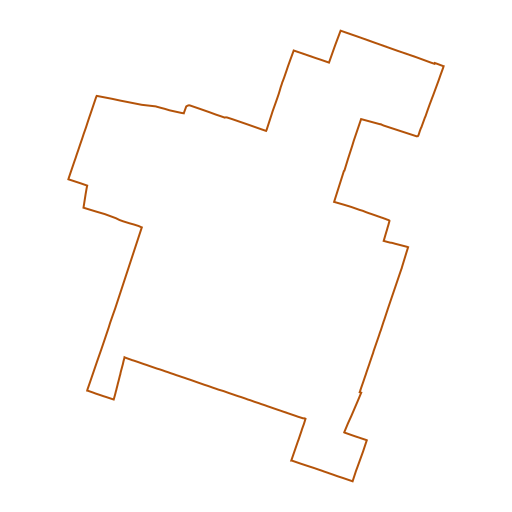 Amarastii De Jos, Dolj, Romania
{"feature_id": "2599482B30095790947813", "entity_name": "Amarastii De Jos", "entity_type": "district", "adm_level": 2, "iso_a3": "ROU", "parent_name": "Romania", "parent_adm1": "Dolj", "projection": "orthographic", "projection_center": [24.201, 43.928], "detail": "fine", "context": "isolated", "style": "outline", "palette": "amber", "viewbox_px": 512, "rotation_deg": 0, "n_neighbors": 0, "source": "geoboundaries", "source_scale": "gbopen_adm2", "svg_char_len": 4601}
<svg xmlns="http://www.w3.org/2000/svg" viewBox="0 0 512 512"><path d="M366.7,440.4L366.8,440.3L366.8,440.2L355.4,436.4L352.2,435.3L344.3,432.5L344.2,432.4L347.9,423.5L351.4,415.8L354.1,409.5L357.7,401.1L361.2,392.7L360.5,392.5L359.7,392.2L360.3,390.6L360.4,390.0L360.5,389.9L361.1,388.0L363.1,382.3L365.2,376.1L365.5,375.3L366.1,373.5L366.5,372.2L368.4,366.7L369.0,365.0L369.6,363.2L369.8,362.5L370.3,361.1L372.4,354.9L373.0,353.3L373.6,351.1L379.0,335.5L380.0,332.4L380.1,332.1L380.8,330.3L383.7,321.3L384.2,320.0L388.1,308.1L400.6,271.3L401.0,270.2L401.2,269.5L401.7,268.3L401.9,267.4L406.5,252.3L408.1,247.2L407.0,246.8L394.6,243.6L394.0,243.4L391.8,242.8L389.9,242.6L389.3,242.4L387.3,241.9L383.7,240.9L386.0,233.0L386.5,231.3L386.8,230.4L387.4,228.3L387.4,228.2L387.7,227.2L388.2,225.6L389.4,221.2L389.5,220.9L389.4,220.6L389.1,220.4L388.7,220.2L387.8,219.8L387.4,219.7L386.5,219.4L385.9,219.1L385.4,218.9L385.1,218.8L384.8,218.7L384.6,218.7L383.7,218.3L382.3,217.8L381.0,217.4L380.0,217.0L377.9,216.3L375.4,215.4L372.2,214.3L371.7,214.1L368.9,213.2L365.9,212.1L363.0,210.9L362.4,210.7L359.6,209.9L351.4,207.0L349.2,206.3L347.5,205.8L344.2,204.8L334.8,202.1L334.1,201.9L340.6,181.4L343.9,171.0L344.4,170.7L348.0,158.9L352.2,145.9L353.8,140.6L361.1,119.1L380.3,124.3L380.6,124.3L380.8,124.2L381.0,124.3L381.5,124.6L383.5,125.5L398.2,130.3L416.6,136.3L416.8,136.3L417.1,136.2L417.5,136.2L417.8,136.2L418.0,136.0L418.2,135.7L418.7,134.6L419.3,132.7L419.7,131.4L420.5,129.2L421.1,127.7L421.3,127.5L421.8,126.1L424.6,118.4L424.8,117.8L425.0,117.3L425.1,117.2L425.5,116.3L427.6,110.2L429.8,104.1L431.4,99.9L431.9,98.5L433.0,95.7L438.6,80.5L440.7,74.5L443.1,67.9L443.6,66.2L443.2,66.1L437.1,63.8L434.8,63.0L434.5,63.8L430.9,62.6L416.5,57.3L398.1,51.0L389.1,47.8L375.0,42.8L356.5,36.2L352.7,34.9L340.6,30.7L335.8,43.5L334.7,46.5L329.0,62.6L320.4,59.6L316.1,58.2L293.7,50.5L293.5,51.1L290.3,59.8L287.9,66.5L286.4,71.0L285.6,73.3L284.2,77.4L283.6,79.0L282.9,80.9L282.3,82.3L281.6,84.6L280.8,86.9L279.7,90.7L278.7,94.0L277.4,97.8L275.5,103.2L272.6,111.3L271.4,115.1L266.6,129.9L266.1,130.9L261.4,129.3L247.5,124.4L232.1,119.1L226.8,117.4L226.1,117.4L225.1,117.4L224.7,117.6L220.7,116.2L215.9,114.6L209.7,112.3L200.0,108.9L189.8,105.4L189.1,105.3L188.3,105.4L187.0,106.0L186.3,106.4L186.0,107.1L183.9,112.9L183.8,113.3L181.3,112.9L169.5,110.3L164.6,108.8L161.1,107.9L156.7,106.7L155.8,106.4L141.7,104.8L128.0,102.1L120.3,100.6L112.0,98.8L96.8,95.9L96.7,95.9L96.6,96.1L96.3,96.9L96.1,97.2L90.2,114.7L89.5,116.7L87.7,122.1L86.0,127.4L84.8,130.8L84.3,132.2L83.7,133.9L82.2,138.5L81.1,141.7L79.9,145.2L79.0,147.9L78.2,150.3L76.8,154.3L75.6,158.0L74.5,161.1L71.5,169.9L69.6,175.5L68.7,178.2L68.4,179.3L73.0,180.8L80.9,183.4L87.2,185.6L86.7,187.9L85.7,193.6L83.5,207.7L87.7,209.0L96.9,211.8L104.8,214.1L115.9,218.2L119.5,220.0L123.1,221.3L129.5,223.3L133.9,224.5L138.6,226.0L141.0,227.1L141.8,227.4L115.1,308.7L113.1,314.3L112.4,316.3L110.2,322.6L108.7,327.5L104.8,339.1L101.2,349.7L97.2,361.1L89.9,382.5L87.5,389.4L87.2,390.6L87.7,390.7L90.3,391.6L92.9,392.5L95.5,393.5L98.2,394.4L100.9,395.3L103.5,396.2L106.1,397.0L108.8,397.9L111.5,398.8L113.7,399.5L114.5,396.7L115.1,394.5L116.0,390.9L116.3,390.0L116.6,388.6L117.3,385.9L117.9,383.4L118.6,380.8L119.2,378.4L119.9,375.6L120.3,374.3L120.4,373.6L120.8,371.8L121.3,369.9L121.8,368.1L122.3,366.2L122.8,364.4L123.2,362.6L123.6,360.8L124.3,358.4L124.5,357.3L124.9,357.5L126.8,358.2L129.0,359.0L131.0,359.7L132.0,360.1L133.8,360.6L136.5,361.5L139.1,362.4L141.6,363.3L144.2,364.2L146.7,365.0L149.2,365.9L151.8,366.8L154.4,367.7L157.0,368.6L159.8,369.4L162.5,370.3L165.2,371.3L168.0,372.2L170.7,373.2L173.5,374.1L176.2,375.1L179.0,376.0L181.9,377.0L184.7,377.9L187.5,378.9L190.3,379.8L193.1,380.8L195.9,381.8L198.7,382.8L201.6,383.8L204.4,384.8L207.3,385.7L210.2,386.7L212.9,387.7L215.6,388.6L218.4,389.6L223.6,391.1L228.8,393.0L233.8,394.7L236.1,395.5L238.5,396.3L240.9,397.0L243.2,397.8L245.5,398.6L247.8,399.5L250.2,400.2L252.4,401.0L254.5,401.8L256.7,402.5L258.9,403.2L261.0,404.0L263.2,404.7L265.3,405.4L267.4,406.2L269.5,406.9L273.8,408.4L277.9,409.8L288.1,413.3L296.0,416.0L297.9,416.7L300.2,417.4L303.0,418.3L304.3,418.3L305.0,418.5L305.5,418.8L305.3,419.5L305.1,420.0L304.8,421.1L303.8,424.3L303.2,425.9L302.3,428.4L301.9,429.5L301.7,430.3L298.3,440.4L298.2,440.5L291.3,460.5L291.6,460.5L300.8,463.7L307.2,465.8L313.4,467.8L323.0,471.1L323.7,471.4L324.0,471.5L328.4,473.0L328.6,473.1L332.7,474.5L337.4,476.2L343.3,478.1L346.5,479.2L352.6,481.3L356.0,470.9L357.2,467.7L363.1,451.4L366.5,441.1L366.7,440.4Z" fill="none" stroke="#b45309" stroke-width="2"/></svg>